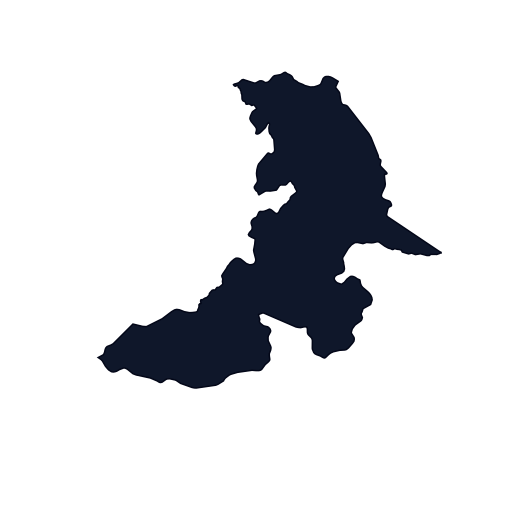 Brong Ahafo, Albers equal-area conic projection, rotated 133°
{"feature_id": "GHA-2159", "entity_name": "Brong Ahafo", "entity_type": "Region", "adm_level": 1, "iso_a3": "GHA", "parent_name": "Ghana", "parent_adm1": "", "projection": "albers", "projection_center": [-1.701, 7.588], "detail": "fine", "context": "isolated", "style": "filled", "palette": "ink", "viewbox_px": 512, "rotation_deg": 133, "n_neighbors": 0, "source": "natural_earth", "source_scale": "10m", "svg_char_len": 6143}
<svg xmlns="http://www.w3.org/2000/svg" viewBox="0 0 512 512"><g transform="rotate(133 256 256)"><path d="M130.4,192.1L131.9,191.6L136.8,188.7L137.6,187.0L127.6,124.8L127.1,123.1L127.7,122.7L128.0,123.2L129.2,123.6L131.5,124.8L135.9,129.6L136.5,129.4L137.5,129.6L139.0,131.2L142.2,137.2L146.3,140.4L147.8,144.2L150.4,145.8L153.3,151.7L152.6,153.8L153.5,155.6L154.8,157.3L156.0,159.6L158.0,160.3L158.5,161.2L158.7,162.2L160.0,164.7L161.0,168.6L161.9,175.6L162.9,177.1L166.0,179.1L167.6,180.5L170.7,184.4L174.0,186.2L176.9,191.0L178.8,192.8L182.7,193.8L187.5,193.7L198.0,191.5L199.2,190.5L201.0,187.5L201.9,186.6L203.3,184.6L205.1,182.5L207.3,181.4L210.0,181.7L214.4,183.9L216.7,184.4L218.8,183.8L219.9,182.3L220.3,180.3L220.2,178.3L218.4,174.2L215.0,173.4L210.8,173.7L206.6,173.0L205.4,172.0L204.5,170.5L203.9,168.6L203.7,166.6L202.7,163.8L203.3,162.8L204.8,160.9L205.9,158.6L206.2,156.5L205.9,149.8L206.0,147.5L206.5,145.1L207.4,143.0L208.9,141.1L213.3,139.1L221.5,141.8L224.7,140.3L226.1,140.0L227.2,138.9L228.4,136.3L229.8,135.5L231.1,135.1L232.0,135.1L238.5,136.4L239.6,136.4L243.6,135.9L246.6,134.4L247.4,133.7L248.7,128.8L249.7,127.5L251.5,126.3L254.2,125.9L260.1,125.7L262.7,126.1L264.1,126.9L267.9,130.5L273.4,134.2L276.2,135.3L278.6,135.7L282.6,135.9L283.5,136.1L284.1,136.6L284.7,138.2L285.2,140.7L286.8,144.4L287.3,146.2L287.2,147.9L285.7,151.2L285.0,152.0L279.4,157.1L278.8,157.9L278.2,159.0L278.0,160.2L277.9,163.8L277.6,165.1L276.7,166.4L274.7,168.3L274.0,169.1L273.3,170.7L275.0,172.5L278.0,174.5L279.5,176.5L280.7,178.5L292.4,211.3L293.1,212.3L297.1,214.2L298.7,212.1L299.6,210.2L301.6,208.8L301.9,208.2L302.2,206.9L302.0,203.6L301.5,202.1L299.8,199.2L299.6,198.0L299.8,195.9L300.6,194.4L301.5,193.7L306.0,192.5L307.4,191.6L309.7,189.3L312.0,183.7L312.9,182.4L314.8,181.1L318.5,179.6L320.0,178.1L322.1,175.5L322.8,175.0L323.6,174.8L325.6,174.8L329.1,175.2L335.1,174.5L336.4,174.8L337.8,175.7L339.6,177.6L342.3,181.0L353.7,190.2L359.8,193.8L361.8,194.5L366.3,195.2L368.3,195.0L369.5,194.6L375.7,196.3L377.9,197.3L393.2,209.6L394.6,211.2L395.8,213.2L400.6,224.3L401.4,229.5L401.8,230.6L404.7,235.5L406.6,237.2L407.7,237.7L412.2,238.6L413.5,239.4L414.1,240.2L414.5,241.4L414.7,242.8L417.3,250.1L424.7,262.5L426.0,265.7L426.5,272.9L427.2,275.2L428.1,276.4L432.2,278.4L435.2,279.3L436.8,280.2L438.2,281.3L439.2,282.8L439.8,286.1L439.7,287.6L439.3,290.9L437.5,296.8L437.4,298.8L437.9,302.2L432.7,300.4L432.0,300.4L431.2,300.5L429.5,301.2L427.5,302.4L425.9,303.1L424.5,303.2L423.6,303.1L419.9,301.3L417.6,300.6L389.7,299.6L384.8,290.9L382.6,288.2L382.0,287.8L365.9,281.8L354.4,279.8L351.0,278.8L349.4,277.8L348.7,277.0L347.5,275.2L345.6,270.4L343.0,266.3L341.1,264.3L338.4,262.0L337.2,261.3L336.3,261.1L335.4,261.7L333.1,262.5L332.1,263.0L330.5,264.5L329.1,264.5L328.4,263.9L328.0,264.0L326.8,265.8L325.7,266.4L325.2,266.2L324.7,265.4L321.8,264.7L319.7,263.6L316.6,263.6L315.2,264.5L314.7,264.6L311.0,264.7L309.9,264.1L309.1,263.0L308.5,262.8L305.7,263.1L305.2,262.8L304.2,261.8L303.7,261.6L299.6,261.1L298.9,261.4L297.6,263.1L295.4,264.7L294.4,266.8L293.7,267.6L291.6,268.1L285.2,269.1L282.9,269.8L280.8,269.8L278.3,270.2L276.0,270.1L273.4,269.8L271.3,269.2L270.1,268.0L269.5,267.1L268.8,265.6L268.6,264.5L268.1,257.9L266.8,254.7L265.5,253.5L264.0,252.5L263.0,252.2L261.6,252.2L259.5,253.1L258.3,254.3L254.7,260.0L253.4,261.7L248.1,265.1L244.6,267.8L244.3,268.5L244.3,269.1L245.3,271.8L246.0,274.9L245.5,276.2L243.2,276.8L240.7,276.8L239.3,277.1L238.4,277.7L237.2,278.8L235.5,281.7L234.7,282.5L233.2,283.2L231.4,283.4L229.5,283.1L227.8,282.3L227.1,282.2L225.8,282.4L222.8,283.5L221.7,283.7L221.0,283.6L220.5,283.3L219.1,281.7L217.8,280.6L215.3,279.3L212.6,278.2L212.1,277.2L211.8,276.0L211.5,271.1L210.9,269.8L210.0,269.3L208.5,269.2L204.4,270.4L200.2,270.5L198.4,270.2L197.2,269.4L196.6,269.3L194.8,269.5L192.1,269.5L191.4,269.6L189.8,270.7L188.2,270.9L183.0,270.0L181.5,270.0L180.7,270.4L179.4,274.4L178.5,275.7L178.2,276.9L178.2,278.8L177.6,280.4L177.5,281.9L178.8,282.5L180.1,282.7L182.8,282.6L184.0,282.9L186.9,286.1L188.3,286.9L193.1,286.1L194.0,286.1L198.6,289.7L201.5,292.9L202.4,293.5L209.2,295.5L209.1,296.4L208.0,298.5L208.2,300.8L207.4,303.6L206.6,304.4L204.6,304.9L202.2,305.2L200.4,305.8L199.2,307.0L196.6,310.5L195.1,312.1L192.1,314.3L189.1,316.0L187.0,316.8L173.5,317.5L172.5,317.4L172.1,317.0L171.4,314.7L170.9,314.3L170.1,313.9L167.7,313.7L167.0,313.9L165.6,314.8L158.6,322.4L158.2,323.4L158.2,324.7L157.2,327.2L157.1,329.4L156.0,331.3L153.8,333.7L152.5,334.7L150.6,335.7L150.2,336.1L149.9,337.6L150.5,337.8L151.7,337.8L155.7,336.7L161.2,336.9L163.4,337.1L164.7,337.5L165.7,338.0L166.4,338.9L166.5,339.4L166.4,339.9L163.7,341.4L162.5,342.6L161.9,344.3L160.9,351.4L160.0,353.7L159.3,354.5L157.4,355.5L153.9,356.7L152.9,356.9L151.5,356.7L147.9,356.0L147.5,356.3L147.0,359.3L147.0,360.6L147.3,361.0L148.8,361.7L149.4,364.7L151.1,366.0L151.7,366.8L150.6,369.2L151.2,370.7L151.4,371.7L150.7,373.3L147.7,376.3L146.9,378.0L145.9,379.0L145.2,380.8L144.4,382.1L144.8,383.8L144.1,384.6L143.9,385.6L144.6,386.3L145.7,386.7L146.1,387.1L146.3,388.2L146.1,389.3L145.2,389.2L142.8,387.7L141.0,386.8L136.7,386.4L135.6,385.7L130.7,375.2L129.6,374.2L125.5,372.8L124.5,371.9L123.9,371.1L123.4,370.0L123.0,367.7L121.8,366.6L120.4,365.8L118.4,365.5L114.3,365.8L112.9,365.8L111.6,365.5L106.8,361.9L105.8,361.4L102.8,360.6L101.8,360.0L101.5,359.4L101.4,357.7L100.4,354.8L100.1,352.8L100.3,351.5L101.3,348.8L100.5,345.3L100.4,343.3L98.6,338.8L98.0,336.5L95.4,331.6L92.6,328.8L89.2,326.9L87.6,326.2L86.4,325.9L85.2,326.2L80.4,328.0L78.4,327.9L77.1,327.3L75.4,325.6L74.2,323.5L73.5,321.2L72.2,315.0L77.9,313.1L78.5,312.4L79.4,306.8L80.0,305.7L85.0,299.4L86.0,297.2L86.1,295.7L84.9,293.9L84.2,292.3L84.1,291.0L89.6,257.0L91.0,252.5L99.0,235.5L101.0,232.7L100.7,230.6L100.8,230.1L101.7,229.2L104.2,227.7L105.1,226.8L105.4,225.5L105.9,217.3L106.3,216.5L106.9,216.4L107.7,216.9L108.4,217.8L110.2,216.3L115.2,210.5L117.2,209.1L123.8,206.9L126.1,205.8L127.2,204.3L127.3,202.4L126.6,199.7L125.1,196.5L124.8,195.1L125.3,193.4L126.1,191.9L126.8,191.3L127.7,191.3L129.1,192.0L130.4,192.1Z" fill="#0f172a" stroke="#020617" stroke-width="1.5"/></g></svg>